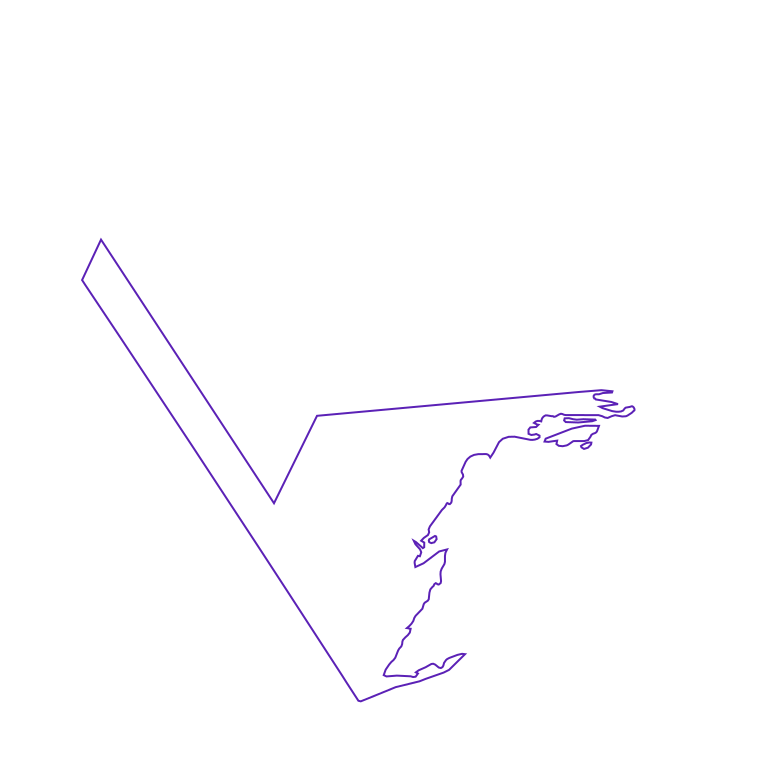 the Region of Dakhlet Nouadhibou, rotated 237°
{"feature_id": "MRT-2785", "entity_name": "Dakhlet Nouadhibou", "entity_type": "Region", "adm_level": 1, "iso_a3": "MRT", "parent_name": "Mauritania", "parent_adm1": "", "projection": "orthographic", "projection_center": [-16.46, 20.371], "detail": "fine", "context": "isolated", "style": "outline", "palette": "violet", "viewbox_px": 768, "rotation_deg": 237, "n_neighbors": 0, "source": "natural_earth", "source_scale": "10m", "svg_char_len": 3566}
<svg xmlns="http://www.w3.org/2000/svg" viewBox="0 0 768 768"><g transform="rotate(237 384 384)"><path d="M113.3,304.8L108.8,282.9L109.5,276.8L114.0,258.4L115.3,251.9L123.4,228.7L127.1,209.2L130.5,191.7L132.3,190.0L154.2,190.0L162.0,190.1L184.1,190.1L218.4,190.1L262.9,190.1L315.6,190.0L374.3,189.7L437.2,189.4L502.1,188.8L566.9,188.2L629.7,187.4L635.6,187.4L659.2,225.3L343.9,226.8L393.8,310.5L271.0,543.4L260.4,563.0L253.5,571.6L252.7,570.6L257.2,562.7L258.3,558.7L260.0,556.1L260.4,554.7L259.8,553.3L258.6,552.6L257.3,552.5L256.7,553.2L255.7,553.2L245.1,564.9L239.7,569.3L247.5,552.6L244.8,554.1L237.0,560.6L234.3,563.6L233.0,565.6L231.9,567.8L231.5,570.2L232.4,572.6L232.5,573.9L230.9,577.7L230.4,579.6L229.9,580.2L228.8,580.6L227.5,580.6L226.5,580.4L225.6,579.8L225.4,579.4L225.5,578.8L225.2,577.6L224.9,576.0L224.9,571.0L225.2,569.3L227.0,566.1L232.0,560.8L233.0,557.4L233.7,553.1L235.6,551.0L238.1,549.5L241.0,547.0L259.2,519.2L260.3,518.1L261.6,517.3L262.7,516.2L263.1,514.3L263.3,510.2L263.9,508.7L265.1,508.1L265.5,507.3L268.9,503.6L269.7,502.4L269.8,500.2L269.3,498.4L268.4,496.9L267.0,495.5L268.5,494.1L269.5,492.5L269.9,490.7L269.7,488.6L266.7,490.3L265.7,491.3L265.1,488.1L267.9,483.1L267.0,480.3L263.5,478.1L261.0,479.8L259.6,482.8L259.2,484.4L256.0,486.3L254.6,485.4L254.5,482.9L255.2,480.3L256.3,478.0L257.5,476.3L268.7,464.8L271.8,459.8L273.4,453.8L272.6,448.8L266.8,438.5L264.4,433.0L265.9,433.1L267.3,433.0L268.5,432.5L269.6,431.5L273.8,424.9L275.5,420.9L276.1,416.9L275.6,413.2L274.3,410.1L268.9,401.7L267.7,401.1L265.0,400.9L263.2,400.0L262.3,398.1L261.7,396.2L261.0,395.4L257.9,393.5L252.6,380.1L250.8,378.3L249.1,377.1L247.9,375.8L247.4,373.8L247.9,373.1L249.0,372.7L249.7,372.2L249.4,371.1L248.8,370.2L247.6,367.7L246.8,363.9L239.6,345.0L237.7,342.2L235.0,341.1L233.4,338.6L233.2,333.5L232.3,329.8L229.1,331.4L225.2,328.8L225.2,327.2L233.8,324.8L236.3,323.6L232.4,323.1L225.7,324.2L222.6,323.6L220.0,320.3L221.4,318.9L218.7,313.3L217.4,312.3L213.4,310.6L212.1,319.5L213.5,339.1L210.9,346.8L209.0,343.6L206.5,341.4L201.7,338.3L200.1,336.6L197.7,331.8L195.9,329.4L193.6,327.7L187.6,324.5L186.2,323.1L186.0,320.7L186.9,319.8L188.1,319.4L188.8,318.9L188.7,317.2L187.6,315.5L187.4,314.0L186.5,311.0L184.3,308.5L179.1,304.3L178.4,302.7L178.4,299.0L177.7,297.4L174.6,293.8L172.4,284.3L171.3,282.0L169.3,279.5L168.0,276.5L167.2,273.3L166.8,270.3L166.0,271.2L164.8,272.2L164.2,273.0L161.5,270.3L160.4,267.2L159.9,263.9L159.0,260.4L157.8,259.0L156.0,257.6L154.5,255.6L153.8,252.7L152.8,250.7L148.3,244.4L147.3,241.6L146.9,238.8L145.9,235.5L143.5,229.8L140.0,225.2L137.4,226.8L132.4,236.0L124.3,247.2L122.4,248.8L121.3,251.1L122.7,254.8L124.8,253.7L125.0,257.2L123.8,264.6L123.4,271.2L122.6,272.9L120.8,274.1L116.4,275.5L114.8,277.0L114.7,278.8L115.5,280.4L117.4,282.5L118.7,285.7L118.9,287.1L118.7,289.5L116.8,298.1L115.2,302.5L113.3,304.8ZM242.2,498.4L245.9,490.4L248.3,487.3L250.1,489.8L244.3,517.2L239.5,529.9L231.8,541.5L228.5,537.1L227.9,535.8L227.9,534.2L228.4,532.3L228.4,530.3L227.2,528.2L225.8,524.6L227.1,520.8L232.6,512.4L233.0,511.5L232.8,505.6L233.0,503.8L234.5,500.0L237.0,496.9L239.7,495.9L242.2,498.4ZM253.1,515.7L255.3,515.2L256.8,516.8L254.6,520.5L251.4,523.5L249.1,526.2L245.9,532.0L239.1,541.8L238.5,541.8L239.4,538.3L245.9,526.0L253.1,515.7ZM223.3,515.1L224.7,515.4L224.8,517.4L224.3,521.5L223.1,524.4L221.9,526.0L220.5,524.7L219.5,520.3L220.6,516.4L223.3,515.1ZM226.7,335.8L228.3,336.3L229.1,337.3L228.8,344.0L227.7,344.7L225.2,343.6L223.8,340.0L224.8,337.0L226.7,335.8Z" fill="none" stroke="#5b21b6" stroke-width="2"/></g></svg>